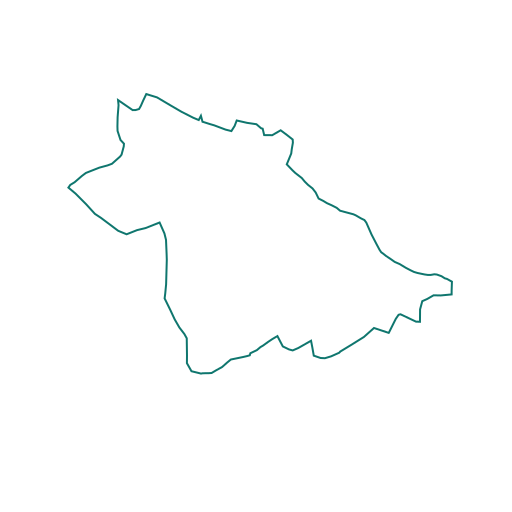 Shaqlawa, Arbil, Iraq, rotated 195°
{"feature_id": "34846034B67830474961503", "entity_name": "Shaqlawa", "entity_type": "district", "adm_level": 2, "iso_a3": "IRQ", "parent_name": "Iraq", "parent_adm1": "Arbil", "projection": "orthographic", "projection_center": [44.21, 36.45], "detail": "fine", "context": "isolated", "style": "outline", "palette": "teal", "viewbox_px": 512, "rotation_deg": 195, "n_neighbors": 0, "source": "geoboundaries", "source_scale": "gbopen_adm2", "svg_char_len": 2292}
<svg xmlns="http://www.w3.org/2000/svg" viewBox="0 0 512 512"><g transform="rotate(195 256 256)"><path d="M60.1,281.9L65.7,283.3L67.8,283.3L71.6,284.5L76.5,284.9L79.0,284.5L82.2,283.0L85.0,282.2L88.4,281.8L95.6,281.4L99.3,281.5L103.0,282.2L108.3,283.4L115.2,285.4L120.5,286.2L124.5,287.7L130.4,289.7L133.8,291.2L136.0,292.0L138.2,293.9L142.6,298.6L146.9,303.3L150.0,306.7L158.1,316.8L160.6,318.8L164.3,319.5L170.2,321.1L172.7,321.5L186.5,321.5L190.5,323.4L196.1,324.6L201.1,325.4L205.2,326.6L210.4,327.7L214.8,332.8L218.9,335.9L224.2,338.2L228.2,340.5L232.0,343.2L239.4,346.3L242.9,348.2L250.0,352.5L249.4,357.1L248.5,364.1L249.1,368.4L249.7,375.0L250.7,378.0L257.2,380.8L264.7,383.8L271.6,376.9L279.4,374.9L282.5,380.7L284.1,380.7L289.7,383.4L299.1,382.3L309.7,381.9L310.3,376.1L312.1,370.3L318.1,370.2L330.2,371.4L334.7,371.5L341.2,371.8L342.4,371.8L345.5,377.2L346.5,372.5L352.4,373.3L365.2,376.0L377.7,379.4L392.7,383.6L403.9,384.0L405.2,377.0L406.1,371.2L407.0,367.7L410.1,365.8L412.9,365.0L421.4,368.0L429.6,370.9L427.8,366.1L425.6,354.3L423.4,345.3L422.1,341.0L416.9,333.0L412.6,330.3L412.1,327.6L412.1,323.9L412.1,319.1L413.0,316.9L419.0,307.8L422.8,305.1L430.2,300.8L441.8,292.2L444.8,288.4L450.3,280.3L453.8,276.6L454.9,273.5L446.5,269.6L433.4,262.0L422.5,255.0L415.6,252.7L395.7,244.7L392.9,244.3L386.6,243.5L377.6,250.2L369.9,254.4L357.8,263.4L350.3,254.1L347.1,248.3L342.9,234.9L341.2,229.3L335.5,205.4L334.0,196.5L333.3,191.4L324.9,181.8L318.1,173.7L311.5,167.1L305.0,162.1L301.6,158.6L296.9,142.0L295.0,134.6L288.5,128.0L278.7,128.2L277.2,128.9L272.8,130.2L271.6,130.5L268.6,131.5L264.9,135.3L260.0,140.0L256.3,145.6L253.5,149.5L250.1,151.2L242.5,155.0L238.4,157.2L236.3,158.5L236.3,160.6L230.8,165.3L228.1,169.2L226.0,171.3L222.2,176.0L218.8,179.9L214.6,184.2L206.7,175.6L199.9,174.3L196.1,174.3L191.3,178.1L180.9,188.4L177.8,182.0L174.4,174.7L167.2,174.2L163.0,175.1L157.5,178.5L150.6,184.1L150.2,184.9L150.0,185.2L150.0,185.4L149.8,185.6L149.7,185.7L141.0,194.8L131.2,205.3L130.9,205.6L123.6,216.7L123.4,217.0L108.1,216.1L107.9,216.1L107.8,216.4L104.7,231.5L103.1,236.0L102.8,236.3L101.3,237.1L84.4,234.0L82.8,234.4L80.6,234.9L83.7,246.9L83.7,255.4L79.5,258.8L74.3,264.0L67.4,265.7L57.1,269.5L58.1,273.3L60.1,281.9Z" fill="none" stroke="#0f766e" stroke-width="2"/></g></svg>